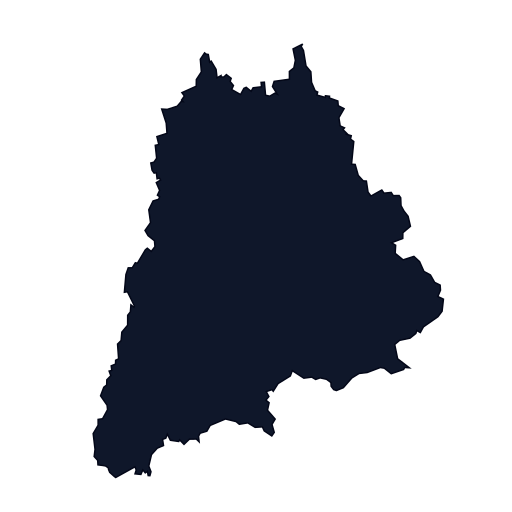 outline of Prilep, Prilep, North Macedonia, rotated 84°
{"feature_id": "65306769B638558710054", "entity_name": "Prilep", "entity_type": "district", "adm_level": 2, "iso_a3": "MKD", "parent_name": "North Macedonia", "parent_adm1": "Prilep", "projection": "robinson", "projection_center": [21.661, 41.283], "detail": "fine", "context": "isolated", "style": "filled", "palette": "ink", "viewbox_px": 512, "rotation_deg": 84, "n_neighbors": 0, "source": "geoboundaries", "source_scale": "gbopen_adm2", "svg_char_len": 3177}
<svg xmlns="http://www.w3.org/2000/svg" viewBox="0 0 512 512"><g transform="rotate(84 256 256)"><path d="M349.3,100.6L344.0,96.9L335.4,81.4L330.4,76.7L318.5,74.1L315.3,79.4L309.3,76.1L304.2,75.9L300.9,81.1L293.1,84.5L288.9,90.6L278.7,93.9L272.9,99.0L275.2,110.1L267.9,117.3L259.9,116.0L257.0,119.9L253.9,108.2L248.2,107.5L242.6,99.3L232.4,100.6L226.8,104.1L221.1,106.5L213.2,106.0L210.8,107.4L210.3,113.2L206.9,114.9L206.9,122.1L203.5,124.0L208.4,135.4L204.1,137.9L193.0,138.4L192.5,141.5L186.5,145.9L175.3,147.8L174.7,151.4L152.4,146.8L149.6,149.8L146.3,148.7L144.0,154.3L144.9,151.8L139.4,156.3L137.8,154.6L135.4,158.7L127.1,159.1L118.7,153.0L115.1,158.5L110.4,158.4L106.5,166.5L104.8,166.2L103.9,170.2L105.5,170.6L102.3,178.6L99.4,177.5L97.9,179.9L89.1,182.6L78.5,182.2L72.2,186.4L56.6,187.3L52.2,189.2L50.1,187.4L53.9,197.5L65.5,196.4L72.9,198.7L75.9,203.5L83.7,204.3L84.2,219.7L89.2,221.9L97.3,217.9L96.0,220.2L98.5,225.6L97.1,229.7L84.0,229.5L83.9,232.8L88.3,232.8L88.4,241.3L91.7,243.6L87.2,248.1L88.0,250.5L93.8,254.5L87.9,262.8L84.1,260.6L79.7,263.5L76.7,262.1L72.5,266.5L74.6,269.2L74.4,272.0L72.9,271.9L74.7,276.1L66.2,276.2L57.5,280.2L58.4,281.8L50.6,282.4L50.0,284.5L48.6,285.9L54.5,290.8L67.2,291.1L74.3,296.9L80.9,297.7L85.8,312.6L89.4,310.5L93.1,313.7L94.8,312.5L94.4,314.1L98.8,318.7L100.9,328.9L100.0,334.4L114.4,331.4L124.7,331.7L126.9,342.1L135.0,341.0L135.4,344.6L148.4,344.6L152.0,347.7L152.5,350.9L159.8,350.4L162.9,348.7L162.8,346.4L168.9,346.3L168.5,343.8L170.5,343.0L172.6,347.5L180.7,345.0L185.2,347.7L187.0,345.6L189.4,346.9L190.5,352.6L198.8,357.8L211.8,357.4L219.0,363.7L224.5,361.2L230.2,355.4L236.1,355.5L240.5,359.7L236.9,363.3L238.3,365.4L250.8,374.7L250.1,376.7L254.8,380.3L254.4,384.3L260.8,387.3L278.3,390.7L278.1,387.6L293.0,382.1L294.2,382.8L291.5,385.5L298.5,386.8L301.5,389.8L311.4,390.9L317.7,397.4L326.0,399.0L329.1,402.9L343.9,403.4L345.0,406.5L348.8,407.0L350.1,411.5L354.7,411.4L355.1,414.1L359.9,412.9L363.5,417.3L368.7,418.0L370.6,421.1L378.8,425.2L388.8,419.7L393.3,419.7L401.8,425.6L402.0,430.1L407.8,430.7L415.6,436.5L431.5,436.3L438.5,437.9L442.7,434.8L447.2,435.0L448.3,430.3L449.1,427.5L451.2,425.1L453.1,424.9L455.9,424.1L456.3,423.7L460.5,419.9L461.6,418.7L453.0,398.4L456.3,397.5L460.0,399.1L461.2,393.3L456.9,390.9L460.1,388.8L458.9,386.5L463.1,386.2L463.4,384.5L459.6,383.0L453.7,384.6L442.6,380.7L436.8,374.3L434.8,367.8L428.6,368.1L427.8,364.8L423.9,362.8L430.3,360.4L432.4,352.2L430.8,351.2L435.8,347.3L431.2,341.4L431.8,334.5L434.8,332.0L429.2,332.0L426.4,330.1L425.1,323.2L419.7,319.3L414.9,303.4L418.6,293.1L421.6,290.2L421.1,281.6L426.3,274.8L426.6,267.5L430.8,266.1L436.6,259.1L433.3,256.3L425.2,257.7L420.2,254.0L410.6,260.7L403.3,258.3L400.4,261.2L397.1,257.9L391.9,260.0L390.6,254.1L392.3,253.0L385.2,247.4L378.9,234.4L373.8,231.9L382.5,221.2L382.3,213.2L385.0,209.6L383.9,205.0L386.0,198.7L389.7,194.7L393.4,194.9L397.0,192.7L398.2,190.1L396.1,182.9L387.3,173.4L383.6,165.8L383.5,157.6L379.9,144.0L381.0,140.1L387.2,133.8L384.3,121.1L382.4,119.8L383.2,115.2L373.0,125.9L358.5,127.3L354.9,122.0L353.8,111.4L349.7,105.1L346.9,103.9L349.3,100.6Z" fill="#0f172a" stroke="#020617" stroke-width="1.5"/></g></svg>